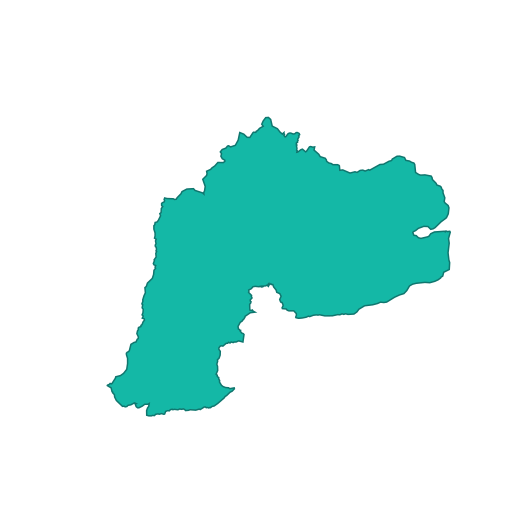 Piedecuesta, Santander, Colombia, rotated 59°
{"feature_id": "7082276B40020724861964", "entity_name": "Piedecuesta", "entity_type": "district", "adm_level": 2, "iso_a3": "COL", "parent_name": "Colombia", "parent_adm1": "Santander", "projection": "robinson", "projection_center": [-73.001, 6.951], "detail": "fine", "context": "isolated", "style": "filled", "palette": "teal", "viewbox_px": 512, "rotation_deg": 59, "n_neighbors": 0, "source": "geoboundaries", "source_scale": "gbopen_adm2", "svg_char_len": 6113}
<svg xmlns="http://www.w3.org/2000/svg" viewBox="0 0 512 512"><g transform="rotate(59 256 256)"><path d="M290.5,447.8L290.2,449.8L290.5,450.2L294.4,448.1L298.2,449.3L298.7,448.9L299.5,449.3L301.9,448.8L304.1,449.8L308.0,450.1L316.1,447.9L316.9,446.3L317.9,445.9L318.5,444.2L318.1,442.6L319.1,439.9L319.3,435.8L320.8,434.8L320.6,435.8L323.4,436.3L325.1,435.7L325.8,434.6L326.1,430.9L325.8,427.7L327.3,425.2L327.4,423.5L329.6,425.4L330.5,427.4L332.2,429.4L336.2,431.7L337.8,430.2L339.2,427.9L339.3,426.9L340.5,425.2L340.0,423.6L340.8,421.4L341.8,420.4L342.4,418.2L344.2,416.5L344.4,415.7L342.7,413.5L343.0,411.5L344.1,410.0L343.6,408.5L344.2,406.7L344.9,406.5L345.4,404.9L347.6,402.1L347.8,400.3L349.2,398.6L349.6,397.1L350.9,396.2L352.2,396.0L353.5,393.3L353.8,391.7L357.1,387.0L358.0,383.5L358.9,382.9L358.8,378.1L359.5,377.0L360.4,376.8L361.0,375.4L362.0,374.7L362.1,373.4L362.6,373.1L362.3,371.1L363.0,369.2L362.7,364.8L361.2,356.2L360.5,354.9L360.5,353.1L359.4,348.4L359.6,346.1L358.7,342.9L357.8,342.6L356.2,346.8L354.8,347.4L353.1,349.8L350.9,351.5L349.0,352.2L345.2,352.2L344.0,351.3L342.2,351.3L341.2,350.6L339.3,351.2L338.2,350.6L336.8,351.1L334.4,347.8L330.8,345.8L328.5,345.3L326.5,343.1L325.1,342.5L324.6,340.3L322.5,337.8L319.3,335.7L316.8,335.9L315.6,335.1L314.8,333.0L315.4,331.5L316.2,330.8L315.5,326.6L316.2,325.2L315.8,324.0L317.2,323.1L316.9,321.6L318.5,320.1L318.4,319.2L319.5,317.3L319.8,314.6L323.0,311.5L317.1,306.7L316.0,306.9L314.7,307.9L312.4,308.2L311.9,307.6L311.5,308.2L310.6,308.0L309.6,308.7L307.1,307.7L304.7,303.6L304.7,301.5L304.0,300.4L304.1,299.6L302.8,297.0L302.1,296.5L301.7,290.1L303.6,285.8L301.9,286.8L300.3,287.0L300.3,288.1L299.1,289.1L294.1,286.3L293.6,284.8L292.6,283.8L291.8,284.1L290.7,283.6L289.9,281.0L288.2,280.8L287.5,280.1L283.4,281.1L282.7,280.3L281.4,279.8L281.6,276.9L280.8,274.4L281.6,272.3L284.0,269.1L284.0,268.1L285.1,267.5L284.6,267.1L284.9,266.2L285.9,266.1L285.7,264.8L286.6,263.0L286.6,261.7L288.4,261.0L287.7,260.3L286.5,260.1L286.2,259.1L287.6,259.4L287.4,257.6L288.7,257.2L289.1,256.3L291.6,256.8L295.5,256.3L297.8,256.9L300.5,255.0L303.4,255.2L305.5,258.1L307.7,258.5L308.6,258.4L309.3,257.6L311.4,257.9L312.6,258.4L313.8,260.3L314.7,260.5L317.0,257.4L318.5,257.2L320.0,256.0L322.4,251.9L326.1,251.1L327.6,251.9L328.9,253.5L329.5,253.5L331.3,251.6L332.9,248.4L334.3,244.5L334.6,242.0L335.6,241.2L336.3,237.4L337.6,234.5L338.6,233.3L339.1,231.8L342.8,227.8L346.6,221.3L348.3,216.2L349.6,214.4L349.9,212.0L351.2,210.9L351.7,208.9L353.4,207.3L356.2,201.9L355.9,198.3L354.6,195.2L354.6,188.5L357.9,181.1L359.3,176.3L359.7,173.0L361.7,170.4L362.8,167.7L362.7,158.5L363.3,153.0L364.4,148.6L363.3,144.6L360.7,139.8L360.8,136.3L361.9,132.7L365.6,124.8L368.4,120.8L369.8,115.7L370.2,112.1L369.9,109.0L369.4,108.3L369.4,106.3L366.6,103.5L367.1,97.3L361.4,93.4L358.7,92.7L352.1,89.7L344.5,83.8L340.2,82.0L335.6,77.2L334.6,77.2L333.6,79.5L332.8,79.9L332.3,80.8L332.7,81.4L331.8,81.8L327.3,90.7L326.9,94.7L328.1,97.6L328.0,98.9L325.9,105.5L324.0,107.4L321.0,108.2L319.6,110.0L316.6,109.5L316.2,108.5L316.4,106.1L315.9,102.6L317.0,96.9L319.3,93.4L323.1,92.5L323.9,90.2L323.9,87.9L322.0,79.8L321.3,73.1L318.9,69.5L314.1,65.8L311.7,65.3L308.0,66.6L306.3,66.7L303.4,64.2L298.3,63.2L296.0,61.9L294.7,62.3L292.3,61.8L291.1,62.1L288.3,64.4L286.4,64.2L281.3,65.4L279.4,64.7L277.7,64.7L273.5,69.4L271.5,73.2L270.0,74.5L266.6,76.2L259.3,72.8L257.6,72.8L255.8,74.4L253.7,75.5L251.2,78.3L248.1,78.0L244.4,81.4L243.1,83.8L243.1,89.3L243.7,90.0L243.9,91.2L243.3,93.1L243.0,99.5L241.4,102.6L241.0,114.4L240.0,114.9L239.4,118.7L237.4,120.2L236.3,122.6L236.4,126.3L234.8,127.8L233.3,132.7L226.9,137.3L225.7,140.0L221.7,138.1L221.0,138.2L219.8,139.0L217.3,143.1L215.7,143.7L213.8,145.6L211.3,146.7L209.8,146.2L207.9,146.3L203.9,149.8L201.1,149.8L195.1,151.7L192.7,149.5L192.0,151.2L190.3,152.8L190.0,154.0L192.2,158.7L192.3,159.8L188.3,161.2L188.0,162.8L188.4,166.8L188.1,167.6L186.8,166.4L186.2,166.7L184.9,165.5L182.4,164.6L182.0,163.8L181.4,164.1L180.2,163.4L179.8,163.0L180.0,161.9L179.0,161.4L178.7,160.5L177.3,160.1L176.1,157.8L174.8,157.5L174.5,156.1L173.2,155.9L171.5,156.9L170.9,158.0L171.2,159.8L170.6,161.3L168.5,162.9L167.8,164.2L167.7,165.6L169.0,168.9L168.9,169.7L167.1,170.0L166.4,168.9L165.3,169.0L164.6,168.5L164.9,170.3L165.7,170.4L162.1,171.6L157.9,172.1L153.0,175.2L146.5,173.1L143.6,174.0L142.4,176.4L143.9,180.2L146.0,183.2L148.5,183.0L148.4,187.2L149.3,190.1L149.2,191.5L149.9,192.5L148.6,194.4L148.7,195.0L151.2,200.2L149.7,202.5L145.3,203.7L141.8,206.3L147.5,211.6L150.5,216.7L149.4,221.6L147.4,222.7L147.1,223.8L148.0,226.3L147.3,230.1L148.4,233.0L150.5,232.8L152.4,234.7L155.3,234.8L157.8,233.4L158.8,233.9L159.1,235.9L156.2,240.5L157.6,245.0L157.8,248.4L158.4,250.3L157.9,254.7L160.1,255.5L161.5,256.8L162.8,262.1L170.2,263.7L173.6,266.5L174.8,268.3L176.0,268.8L174.4,269.3L168.4,274.5L166.1,274.9L163.0,280.8L162.7,286.3L164.0,288.2L165.4,293.6L166.3,295.1L165.6,296.7L164.3,297.5L160.9,302.7L159.2,304.4L160.3,305.7L161.5,305.8L162.3,306.8L162.1,309.0L162.5,310.0L164.2,310.9L165.6,310.5L166.5,312.7L169.9,315.0L170.1,316.6L172.4,317.1L175.2,321.5L175.9,323.4L175.3,325.2L177.1,326.7L177.4,327.9L180.4,329.7L184.2,330.6L186.9,332.2L188.4,333.8L190.2,332.9L191.3,334.4L193.9,335.3L194.8,336.8L196.2,337.4L197.2,337.0L199.4,338.1L200.1,339.1L201.0,338.9L202.1,340.5L205.4,342.1L206.8,345.3L207.7,345.5L209.6,347.9L211.0,348.0L212.5,346.9L213.6,348.3L214.8,348.4L215.7,350.8L219.1,353.3L221.8,356.4L223.3,363.0L225.6,365.7L225.9,367.5L230.6,369.8L232.4,372.5L235.3,375.7L236.5,376.2L238.3,378.5L239.4,378.2L241.8,380.3L243.6,380.1L246.5,382.2L247.8,384.0L248.8,383.6L249.6,383.8L250.7,385.5L252.2,384.2L253.5,384.6L254.3,386.7L256.1,389.0L256.2,390.3L257.2,391.0L256.8,393.1L257.1,394.0L258.6,394.9L259.1,396.1L261.2,398.1L264.8,398.5L266.1,399.5L266.2,400.7L267.9,403.2L267.3,404.9L267.3,408.7L271.7,413.1L272.3,414.3L272.2,416.0L272.6,417.2L273.9,417.9L277.6,418.8L282.1,421.5L286.6,425.2L288.4,430.0L288.7,433.8L287.3,438.4L288.4,439.6L291.0,444.9L291.2,445.6L290.1,446.7L290.5,447.8Z" fill="#14b8a6" stroke="#0f766e" stroke-width="1.5"/></g></svg>